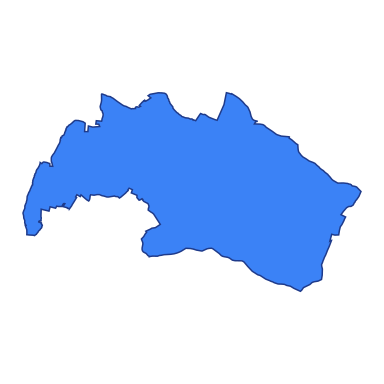 Borsa, Cluj, Romania (Mercator projection)
{"feature_id": "2599482B57968655519822", "entity_name": "Borsa", "entity_type": "district", "adm_level": 2, "iso_a3": "ROU", "parent_name": "Romania", "parent_adm1": "Cluj", "projection": "mercator", "projection_center": [23.623, 46.919], "detail": "fine", "context": "isolated", "style": "filled", "palette": "blue", "viewbox_px": 384, "rotation_deg": 0, "n_neighbors": 0, "source": "geoboundaries", "source_scale": "gbopen_adm2", "svg_char_len": 5909}
<svg xmlns="http://www.w3.org/2000/svg" viewBox="0 0 384 384"><path d="M321.5,279.5L322.2,275.2L322.4,269.0L321.7,266.2L321.6,264.5L322.5,262.5L323.2,260.3L323.5,259.8L324.4,257.4L325.6,255.1L326.6,252.6L327.4,250.5L329.1,246.7L331.5,240.4L330.6,240.5L329.9,241.0L331.7,234.3L334.9,235.1L338.7,234.9L339.4,230.5L340.3,226.8L341.9,224.6L343.9,220.7L344.5,219.1L345.6,217.0L341.0,214.7L343.5,211.3L346.6,207.7L348.7,206.5L351.0,206.4L353.1,205.1L353.8,203.9L354.0,203.2L354.8,202.4L355.6,200.7L356.6,199.7L358.9,196.4L361.0,191.5L356.6,187.0L355.0,186.4L352.2,185.9L351.9,185.7L351.3,184.8L350.2,184.2L348.8,184.0L347.8,183.5L343.4,183.0L337.8,183.1L333.1,180.4L331.9,179.4L329.6,176.5L328.4,175.3L327.8,174.4L325.0,172.3L323.3,170.6L321.7,169.6L319.9,168.2L319.2,167.2L316.8,165.2L315.0,163.4L313.2,162.5L309.2,161.0L305.7,158.6L303.1,157.1L301.8,155.9L300.5,154.4L300.0,153.6L299.1,152.6L298.5,151.4L298.1,149.2L297.8,144.7L296.0,143.6L291.6,139.7L289.2,138.2L289.4,137.0L289.2,136.8L281.3,136.1L277.1,134.7L276.3,134.3L272.4,131.4L266.2,127.3L264.6,125.6L262.9,124.6L260.0,124.1L254.4,123.9L255.5,122.0L256.6,121.5L257.7,121.3L254.3,120.4L253.1,119.7L252.3,118.9L251.1,116.3L250.0,111.9L247.9,107.3L247.2,106.5L245.3,104.9L242.8,101.9L239.3,98.6L236.3,96.5L231.7,93.7L231.4,94.1L229.3,93.4L226.4,92.7L224.0,104.6L217.1,120.3L214.9,119.6L208.8,117.2L205.4,114.7L204.6,114.4L203.9,114.6L202.7,114.4L200.6,113.5L199.7,114.7L195.7,120.7L193.4,119.8L193.1,120.1L192.3,119.1L191.3,118.9L190.6,119.1L188.3,118.1L185.3,117.8L182.9,116.8L181.9,116.6L180.9,115.5L179.1,114.4L178.0,113.2L177.0,112.7L174.3,109.9L173.1,108.4L172.9,108.0L172.9,107.2L172.7,106.7L170.1,103.5L169.5,101.7L168.9,100.8L168.8,99.8L168.3,98.7L167.6,97.8L167.4,96.4L166.9,95.2L165.8,93.8L164.4,93.2L161.6,92.9L158.2,92.8L150.1,94.3L148.1,95.7L150.8,97.9L147.8,100.0L145.6,101.2L144.9,100.4L144.8,100.8L144.3,101.2L144.0,101.2L143.8,100.7L143.7,100.7L142.7,101.9L142.3,102.1L139.3,105.4L140.5,106.3L138.7,107.2L136.9,106.8L135.9,107.0L135.5,107.4L135.5,108.5L134.8,108.4L134.0,108.7L132.3,108.6L131.4,108.9L127.8,107.3L126.1,106.4L124.1,105.9L122.6,105.1L117.5,101.6L113.0,98.2L111.2,97.3L110.6,96.7L107.1,96.1L105.7,95.2L104.0,94.7L102.7,94.1L101.6,94.1L101.5,94.4L101.6,100.2L101.3,102.3L100.2,106.3L100.2,107.0L100.7,109.2L101.2,110.2L102.3,110.9L102.3,111.9L103.1,113.8L103.1,115.2L102.8,116.7L102.1,118.7L101.8,120.6L101.6,121.2L96.3,120.7L95.8,124.1L98.8,124.2L99.7,126.5L92.8,127.1L88.4,126.0L88.0,130.0L87.9,131.6L84.6,131.6L85.2,123.2L83.0,121.7L78.3,120.5L75.4,120.4L75.0,120.5L73.5,121.5L73.3,121.9L72.4,122.5L72.2,122.9L69.9,124.7L69.1,125.0L67.7,126.6L67.1,126.7L67.0,127.4L66.6,127.7L65.9,129.1L66.1,129.8L65.6,130.2L65.3,131.6L64.8,132.2L64.6,133.4L63.8,135.1L63.1,135.5L62.3,135.7L61.4,137.7L60.8,137.5L60.1,140.2L60.4,140.5L59.4,143.5L58.7,144.5L58.0,145.8L56.9,148.0L54.2,153.1L52.9,154.7L51.6,156.8L51.3,157.9L51.3,161.1L52.0,163.2L52.7,166.3L49.9,166.2L49.8,163.5L49.4,163.5L46.9,162.5L44.0,162.0L43.3,162.1L43.0,162.3L41.8,163.6L40.2,162.5L40.1,163.5L39.4,165.6L38.0,168.1L36.7,169.8L36.2,171.0L35.8,172.9L35.0,173.8L34.7,175.0L34.7,175.5L34.3,175.8L34.3,177.0L33.8,177.6L33.8,177.9L33.3,179.0L32.8,180.6L32.9,181.2L32.5,182.8L32.7,183.4L32.5,184.2L32.7,184.8L32.1,185.2L32.0,185.7L31.5,186.3L31.3,187.0L31.2,187.7L30.7,188.2L29.8,190.8L28.7,192.7L28.2,194.1L27.4,195.9L27.2,196.3L26.9,200.0L26.4,201.6L26.3,202.6L25.4,204.4L25.2,205.4L24.8,206.0L24.9,206.9L24.8,208.3L24.2,209.8L23.7,210.8L23.0,213.0L23.1,213.7L23.6,215.7L23.8,218.1L24.8,220.7L24.7,222.9L25.9,225.2L25.2,225.2L26.8,229.8L26.9,233.3L26.8,234.7L29.2,235.0L33.2,235.2L34.6,235.6L35.4,234.8L36.4,234.3L36.5,233.9L38.0,232.2L38.5,231.1L39.9,229.9L40.6,228.8L41.4,228.1L41.8,227.3L41.7,226.8L42.3,225.7L42.3,225.1L42.2,224.9L41.6,224.6L41.5,224.4L41.5,223.1L41.3,222.8L40.6,222.9L39.9,222.4L38.7,222.0L38.7,221.7L39.3,220.9L40.8,221.0L41.1,220.9L41.1,220.6L41.0,219.6L41.2,218.7L41.2,217.4L41.0,217.0L41.0,214.8L41.2,209.2L49.0,211.1L50.1,206.8L55.6,208.2L56.7,206.2L58.5,206.5L61.9,206.5L62.8,204.6L63.4,203.8L63.9,204.0L64.2,203.5L64.9,203.7L63.8,205.4L63.3,206.7L67.1,207.7L67.1,208.0L67.9,208.5L68.5,208.4L68.8,208.7L69.5,208.5L69.5,208.8L71.8,205.6L72.2,204.6L72.7,203.9L74.4,201.2L76.6,197.5L75.6,196.9L76.9,194.7L80.2,196.6L81.0,194.9L86.7,199.8L88.7,201.0L89.3,200.2L89.6,199.5L89.9,198.1L90.0,197.2L90.2,195.6L90.5,195.2L90.6,194.8L94.1,195.2L97.0,194.6L99.5,194.6L102.0,195.7L103.7,196.0L107.0,197.0L108.7,197.0L114.5,196.0L115.2,196.4L116.3,196.6L117.7,196.6L119.4,198.0L119.7,197.7L120.4,197.5L125.7,193.0L126.5,192.0L127.9,190.8L128.2,190.4L127.9,189.9L129.1,188.2L132.4,189.7L131.3,192.9L137.0,195.3L136.9,197.6L139.1,200.2L140.3,199.8L142.0,198.7L142.8,199.4L142.5,199.7L142.5,199.9L143.8,201.4L146.8,203.0L147.6,203.3L148.0,203.7L148.9,205.8L148.9,206.7L148.7,207.9L148.4,208.1L148.2,210.1L151.1,212.2L152.2,212.8L153.6,214.0L160.3,224.4L156.1,227.2L155.2,227.7L151.8,228.2L150.4,229.1L145.8,231.2L146.4,231.9L146.6,232.3L145.3,233.8L143.7,236.6L141.4,239.0L142.1,240.9L142.6,242.1L142.8,243.2L142.9,243.9L142.1,248.0L142.1,249.6L142.5,250.9L143.4,252.0L146.2,253.5L148.0,255.6L149.0,256.1L149.2,256.8L150.5,256.4L152.7,256.1L157.5,256.2L159.4,255.5L161.2,255.3L164.0,254.7L170.6,254.3L174.1,253.8L177.0,253.0L179.1,252.2L181.2,251.2L185.9,248.3L190.3,248.5L193.4,249.1L196.5,250.1L201.6,251.0L202.2,251.0L207.0,248.8L209.0,248.4L211.5,248.2L212.9,248.8L219.2,253.5L221.3,255.6L222.6,256.3L224.2,256.7L227.6,257.3L229.4,258.0L232.0,259.9L232.6,260.2L235.0,260.7L241.4,260.8L242.0,260.9L243.3,261.5L244.1,262.1L247.9,266.6L252.3,271.3L257.8,274.8L260.2,275.5L265.7,279.1L269.3,280.5L271.4,281.5L272.4,281.7L274.2,282.7L278.1,284.0L281.8,284.1L284.6,284.4L286.6,285.4L290.4,286.2L294.0,288.4L300.4,291.3L301.6,290.3L303.5,287.6L309.9,284.5L312.1,282.5L313.9,281.8L318.1,281.1L321.5,279.5Z" fill="#3b82f6" stroke="#1e3a8a" stroke-width="1.5"/></svg>